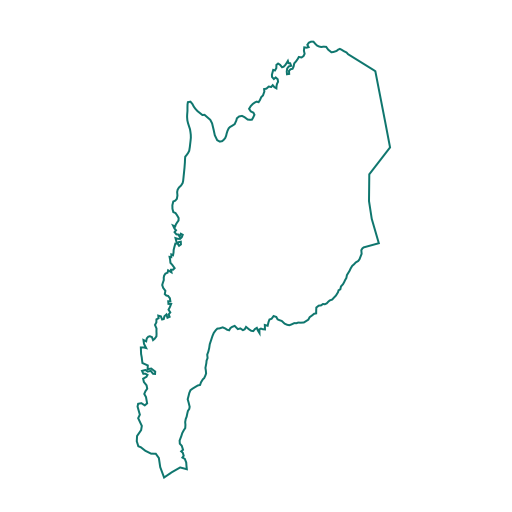 Turilândia, Maranhão, Brazil (Equal Earth projection), rotated 169°
{"feature_id": "56859067B16746670752925", "entity_name": "Turilândia", "entity_type": "district", "adm_level": 2, "iso_a3": "BRA", "parent_name": "Brazil", "parent_adm1": "Maranhão", "projection": "equal_earth", "projection_center": [-45.364, -2.12], "detail": "fine", "context": "isolated", "style": "outline", "palette": "teal", "viewbox_px": 512, "rotation_deg": 169, "n_neighbors": 0, "source": "geoboundaries", "source_scale": "gbopen_adm2", "svg_char_len": 5408}
<svg xmlns="http://www.w3.org/2000/svg" viewBox="0 0 512 512"><g transform="rotate(169 256 256)"><path d="M364.6,59.9L364.3,63.3L363.9,66.6L364.6,70.4L366.7,72.2L365.1,73.7L365.4,76.8L366.7,78.5L364.6,79.7L365.1,83.9L366.6,86.3L366.2,89.4L363.6,93.6L362.2,96.2L360.1,98.8L358.3,100.6L357.5,103.7L357.2,106.5L356.1,109.4L354.8,111.4L353.5,114.5L352.4,116.9L350.7,118.6L349.9,120.6L350.1,124.9L350.4,128.4L348.9,131.5L347.6,134.3L345.9,136.8L343.6,137.9L340.4,139.1L337.9,140.0L335.5,140.1L334.1,142.5L331.7,145.1L330.2,146.0L328.6,148.2L327.4,150.2L327.1,153.2L327.0,155.8L326.0,158.3L325.2,160.3L324.5,162.7L323.0,165.1L322.7,168.5L321.0,171.3L319.5,174.6L318.2,178.3L316.0,182.2L314.9,184.2L313.8,186.1L312.1,188.6L309.6,190.9L307.8,192.1L305.7,191.9L302.3,192.3L300.0,190.7L298.4,189.1L296.5,188.2L294.9,190.1L293.2,190.9L290.3,191.5L287.8,187.7L285.2,187.9L283.0,185.7L281.1,186.2L279.3,188.3L276.9,185.4L275.0,183.5L273.0,182.8L271.0,184.5L268.9,185.3L268.4,182.6L267.3,179.7L266.7,183.3L265.0,183.8L263.5,182.9L261.2,182.2L260.5,186.6L257.9,185.3L256.3,188.8L254.9,191.1L252.7,191.4L250.2,193.7L247.7,192.3L246.9,189.7L245.5,188.7L243.1,187.3L240.8,184.1L238.5,182.5L236.5,181.7L234.5,182.0L231.2,182.8L229.2,182.3L227.3,182.6L224.9,182.0L221.7,181.6L216.8,183.5L215.0,185.7L212.0,187.1L210.0,188.2L207.9,188.2L207.2,191.5L206.6,193.9L203.9,195.3L201.6,195.1L199.4,196.1L197.7,195.5L195.6,196.0L193.7,197.4L192.1,198.3L189.5,198.7L187.8,200.0L185.1,201.9L182.4,204.8L181.5,206.6L179.6,207.2L178.4,209.9L176.0,211.7L174.4,213.6L173.1,215.4L171.5,217.2L170.4,219.9L167.0,223.6L165.4,225.8L163.4,228.0L161.6,229.0L159.2,230.7L156.6,231.6L155.0,233.1L153.8,235.0L151.9,238.0L151.5,241.6L150.2,243.1L148.7,243.9L133.0,245.1L135.3,270.4L134.6,288.3L133.7,292.7L129.2,314.6L103.7,337.0L103.6,362.5L103.6,380.7L103.6,385.6L103.6,414.6L105.2,416.2L127.1,436.5L128.3,438.5L130.8,440.4L132.7,442.2L134.2,443.3L136.2,442.8L137.8,441.9L141.0,441.5L143.1,441.6L145.8,444.8L147.2,447.9L149.7,448.6L152.1,448.7L154.1,449.6L155.9,450.9L157.3,452.9L158.7,455.4L161.1,455.9L163.5,455.3L165.3,453.5L164.5,451.0L166.5,450.8L168.8,451.6L169.8,448.3L169.7,445.2L171.2,443.2L173.4,442.2L176.0,443.2L177.5,441.4L179.6,439.4L181.7,437.8L183.0,434.7L184.4,432.8L186.5,432.7L188.3,431.4L188.7,428.4L190.9,428.5L190.6,431.3L189.6,434.1L187.7,435.8L185.2,436.0L185.7,438.7L187.3,439.1L187.5,441.4L189.1,439.6L190.9,437.8L192.8,436.5L194.4,436.3L195.9,439.1L197.6,440.7L199.5,439.7L200.2,436.6L202.0,434.5L203.6,435.4L205.8,430.9L206.1,428.7L204.7,426.3L202.6,427.5L201.0,425.4L201.1,422.8L202.4,421.2L203.3,419.3L204.0,416.7L205.7,418.2L207.0,420.5L208.8,419.0L211.2,419.9L213.8,418.3L216.2,418.3L216.4,415.9L218.5,412.3L220.5,411.0L222.4,408.3L224.1,406.5L225.9,407.4L227.6,407.0L230.1,405.9L232.5,404.2L234.7,401.8L233.5,398.9L231.2,397.2L230.6,394.9L232.5,392.3L234.0,390.6L235.7,390.8L238.1,391.5L240.8,394.5L243.0,396.2L246.0,396.2L248.5,394.8L249.5,392.7L251.8,389.5L254.8,388.3L256.9,387.6L258.4,386.6L260.1,384.3L261.4,381.9L262.4,379.7L263.7,377.7L265.4,376.3L267.3,375.2L269.7,375.2L272.0,377.1L273.4,382.4L273.5,387.9L273.8,394.6L274.9,398.4L279.6,404.4L281.7,404.6L283.4,406.6L285.8,409.4L287.5,412.2L288.6,414.6L289.4,417.3L290.9,420.0L293.5,420.0L294.3,417.8L294.9,415.1L295.6,411.5L296.6,407.9L297.1,405.7L297.5,402.3L297.4,399.5L297.0,396.2L296.6,393.0L296.7,390.2L296.9,387.4L297.4,384.5L298.2,381.8L300.2,375.5L301.5,372.0L303.0,370.1L304.9,368.3L306.5,367.0L307.2,364.6L308.0,361.2L309.4,356.1L312.3,346.5L313.2,343.6L314.1,341.6L316.1,339.5L318.6,337.9L320.3,336.0L321.2,333.8L321.6,330.3L322.8,327.2L324.8,325.7L326.8,325.3L328.4,321.8L329.0,318.3L328.8,314.9L326.8,313.5L325.7,311.0L324.7,308.0L325.3,305.6L327.0,304.0L328.7,302.2L329.7,300.4L331.6,301.7L330.8,298.5L329.6,296.5L331.4,295.0L330.0,292.4L328.2,291.9L327.3,289.6L325.6,292.2L323.9,290.8L325.3,288.6L327.2,287.3L329.6,287.8L331.6,288.9L331.4,285.6L330.6,283.1L332.8,283.6L334.6,280.0L335.7,277.6L336.3,275.1L337.3,272.6L338.8,273.7L339.4,271.0L341.0,271.6L341.0,268.9L341.3,265.6L339.9,263.3L338.2,259.6L339.9,258.4L342.0,258.7L342.1,256.1L345.0,258.7L346.0,256.5L348.3,256.0L349.9,254.3L350.7,252.4L351.1,250.0L352.7,247.2L353.6,245.4L353.2,242.4L351.6,239.1L352.8,236.0L351.6,234.3L349.9,233.6L348.6,231.0L348.7,227.8L350.8,228.3L351.1,225.7L348.5,225.1L350.2,222.4L352.1,220.0L350.9,217.0L352.9,215.3L352.4,212.8L354.7,212.3L355.1,215.7L357.4,214.3L358.6,211.7L360.3,211.6L360.9,214.9L363.3,216.1L363.5,213.5L365.8,212.8L366.5,209.8L368.3,207.6L367.5,203.8L368.1,201.1L368.5,198.5L369.1,196.1L371.3,194.1L373.1,193.1L373.6,196.2L375.5,197.5L377.2,197.3L378.9,196.0L380.1,193.2L382.5,195.0L382.7,191.1L381.4,186.6L383.5,187.6L386.5,188.2L387.5,181.7L387.5,178.4L387.7,175.9L387.9,172.6L383.1,169.2L384.0,165.6L380.3,165.5L378.4,163.3L377.0,161.8L377.6,159.5L379.5,160.0L381.3,163.3L384.4,163.2L386.3,165.2L389.8,165.0L389.1,161.9L387.0,161.5L385.2,160.0L386.6,158.3L390.2,157.1L390.1,153.7L388.1,149.9L388.1,146.5L390.4,144.3L392.0,141.9L390.9,138.5L391.0,132.1L393.7,130.6L396.6,133.4L399.9,133.4L401.0,130.8L400.3,122.4L402.6,119.3L401.4,114.5L400.5,111.0L402.0,107.0L407.1,102.0L408.4,96.9L407.8,91.7L405.5,90.2L401.8,85.9L396.7,82.0L392.1,81.0L389.9,76.2L390.3,67.0L388.5,56.1L379.9,59.8L370.8,62.9L364.6,59.9ZM330.6,283.1L329.1,284.4L327.1,284.4L327.5,281.7L329.6,280.7L330.6,283.1Z" fill="none" stroke="#0f766e" stroke-width="2"/></g></svg>